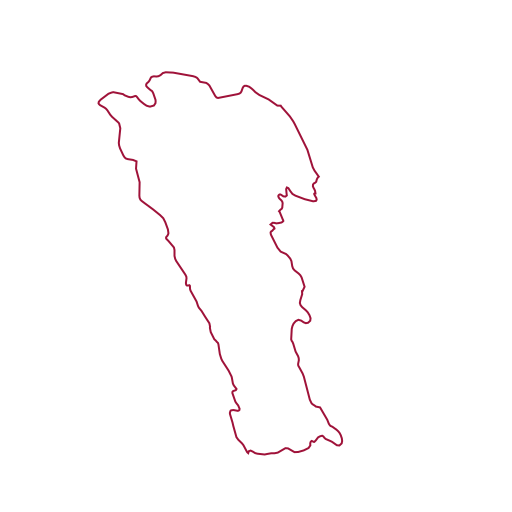 the State of Chin, rotated 157°
{"feature_id": "MMR-3274", "entity_name": "Chin", "entity_type": "State", "adm_level": 1, "iso_a3": "MMR", "parent_name": "Myanmar", "parent_adm1": "", "projection": "mercator", "projection_center": [93.495, 22.37], "detail": "fine", "context": "isolated", "style": "outline", "palette": "rose", "viewbox_px": 512, "rotation_deg": 157, "n_neighbors": 0, "source": "natural_earth", "source_scale": "10m", "svg_char_len": 4497}
<svg xmlns="http://www.w3.org/2000/svg" viewBox="0 0 512 512"><g transform="rotate(157 256 256)"><path d="M174.5,384.7L174.3,383.5L170.3,371.3L169.1,365.3L168.8,362.3L167.2,333.7L169.1,315.4L168.8,311.8L167.2,304.5L168.1,304.2L169.0,303.7L169.7,303.1L170.4,302.4L171.6,300.8L173.0,300.3L174.4,300.2L175.6,299.5L176.4,297.9L176.4,296.2L176.2,294.5L176.2,292.8L176.8,290.4L177.1,290.5L177.7,290.7L178.2,290.4L178.2,289.1L177.8,285.7L178.2,284.1L179.3,283.3L182.0,284.0L189.0,289.3L196.2,296.2L198.2,298.9L199.1,302.4L199.7,305.8L200.8,307.0L202.1,305.8L203.2,302.4L204.0,299.7L205.7,299.2L207.5,300.2L208.9,302.4L209.5,303.1L210.2,303.4L210.9,303.3L211.7,302.9L211.9,302.6L212.1,302.4L212.2,301.5L212.2,300.7L212.0,299.8L211.7,299.0L211.0,297.5L210.6,295.9L210.8,294.3L212.9,290.3L213.9,289.4L215.3,289.1L217.3,288.2L217.0,287.3L217.1,279.1L217.0,278.2L217.2,277.5L218.5,277.0L219.6,276.9L222.5,277.5L224.6,278.1L226.1,279.3L227.8,280.1L230.3,279.3L228.2,275.6L228.2,274.1L228.4,273.9L228.9,274.0L231.3,272.8L232.4,272.7L233.3,272.1L233.8,270.6L233.9,269.4L233.0,255.3L231.6,250.4L227.6,246.1L226.7,244.2L225.5,240.2L225.4,237.4L226.6,232.6L226.8,230.0L226.1,227.7L223.6,223.2L222.7,220.9L222.4,218.4L223.3,208.7L227.0,205.4L227.4,205.6L228.4,202.8L232.4,198.1L234.0,195.6L234.2,193.3L233.5,190.9L231.3,186.5L230.4,184.0L229.9,180.6L230.1,177.4L231.4,175.2L234.2,174.2L236.4,174.7L238.1,176.4L239.6,178.8L241.9,180.7L244.9,180.5L247.8,179.1L249.9,177.2L251.6,174.9L256.2,165.5L256.3,164.0L256.0,162.6L256.0,160.7L256.9,152.5L256.4,147.4L256.6,145.3L257.3,143.3L259.4,140.2L259.8,139.2L259.9,138.1L259.7,136.7L259.0,129.6L259.1,126.2L262.6,102.7L262.4,98.7L261.9,97.5L260.4,95.3L259.7,94.0L256.2,91.6L254.4,77.4L254.5,73.1L254.1,71.1L253.7,70.3L253.0,69.7L252.1,68.5L249.7,64.5L248.8,62.5L248.2,60.4L248.0,57.8L248.2,55.4L248.2,54.8L249.0,52.0L250.4,50.0L253.3,49.0L255.5,50.2L258.6,55.2L259.8,56.6L263.4,60.4L264.1,62.0L264.5,63.6L265.3,64.7L267.4,65.0L269.7,64.8L273.2,62.8L275.0,62.1L275.7,62.5L276.3,63.3L277.0,64.0L278.1,63.7L278.7,63.1L279.3,62.3L279.7,61.3L280.0,60.4L282.7,58.7L288.0,58.4L293.7,59.1L297.2,60.4L301.7,66.4L304.0,67.6L312.8,66.5L316.1,67.2L319.2,68.5L323.1,69.4L325.6,69.9L332.0,73.5L333.8,74.9L335.4,77.2L337.0,79.0L338.9,79.1L340.2,77.6L340.8,78.9L341.5,86.8L342.1,89.0L344.1,93.8L344.8,96.9L343.3,108.4L342.7,111.8L341.7,120.7L341.6,121.0L341.4,121.7L340.9,122.4L340.1,123.3L339.6,123.6L338.6,123.5L336.9,123.0L333.3,120.6L333.2,120.6L332.5,120.5L331.8,120.6L331.5,120.7L330.8,121.8L330.8,125.4L331.6,128.3L331.9,130.0L331.3,139.1L330.8,140.1L329.8,140.6L327.0,140.4L325.9,141.2L327.0,145.5L327.1,147.6L325.8,153.3L325.6,154.6L326.0,161.1L328.0,172.6L328.1,175.0L327.6,179.9L325.1,189.4L325.0,190.9L325.6,192.2L326.1,193.9L326.9,195.6L327.4,203.6L326.5,207.9L325.9,208.9L325.2,212.3L326.6,220.2L327.6,226.7L328.8,230.8L328.9,232.8L328.5,237.3L329.8,249.7L329.6,251.4L328.5,254.3L328.7,255.1L330.2,255.4L331.1,255.8L331.5,256.8L331.1,258.5L328.7,262.6L328.2,264.2L328.3,266.4L331.4,282.6L331.5,285.0L331.0,287.9L328.7,293.3L328.2,295.9L330.7,304.0L331.6,306.3L331.8,306.7L331.8,307.6L331.4,308.4L329.6,309.3L328.5,310.2L327.7,311.2L326.7,314.9L326.3,322.5L326.6,327.0L328.3,331.1L332.6,339.2L337.8,348.0L339.8,351.5L340.4,353.0L340.4,355.1L339.8,357.1L334.3,369.4L332.3,383.3L329.0,389.8L331.7,392.5L336.2,395.3L337.7,396.6L338.4,398.1L338.8,400.4L339.1,408.2L338.8,411.2L338.1,413.7L331.0,426.6L330.2,431.5L330.5,432.6L334.1,440.3L335.0,443.1L335.9,448.2L336.5,450.1L337.4,451.7L340.6,455.8L340.9,456.5L341.2,457.2L341.3,458.1L340.4,459.4L337.9,460.6L328.4,463.0L325.3,462.9L323.4,462.6L315.2,457.0L314.1,455.2L311.3,452.4L309.6,451.2L307.7,450.7L304.6,450.5L303.8,449.9L303.3,448.5L302.9,446.7L302.1,444.3L301.6,443.3L301.3,442.7L299.7,439.7L298.0,437.1L296.3,435.7L295.2,434.9L291.2,434.4L288.9,435.9L288.1,437.3L287.5,438.9L287.0,445.9L287.1,447.4L287.2,448.2L287.5,448.9L288.0,449.5L288.4,450.3L288.7,450.8L290.2,454.0L290.6,455.4L290.2,456.6L289.3,457.5L286.9,458.3L285.4,459.2L282.9,461.4L281.6,461.6L279.8,461.3L277.5,460.1L275.5,459.6L273.2,459.8L270.3,460.8L267.3,460.4L260.5,457.1L243.8,446.2L241.9,444.6L240.8,443.2L240.4,442.3L239.4,438.2L234.2,434.8L233.2,433.3L232.3,431.2L231.0,419.2L230.4,417.3L229.2,416.3L209.8,412.2L207.8,412.0L206.4,412.3L205.2,413.1L202.5,416.0L201.2,416.9L199.9,417.1L198.3,416.4L196.1,414.4L194.6,411.8L193.6,409.7L192.6,407.1L190.0,402.9L183.2,395.2L177.6,386.1L174.5,384.7Z" fill="none" stroke="#9f1239" stroke-width="2"/></g></svg>